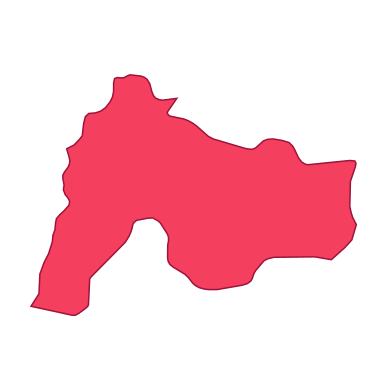 an SVG outline of Chimbu, rotated 88°
{"feature_id": "PNG-1242", "entity_name": "Chimbu", "entity_type": "Province", "adm_level": 1, "iso_a3": "PNG", "parent_name": "Papua New Guinea", "parent_adm1": "", "projection": "robinson", "projection_center": [144.883, -6.328], "detail": "fine", "context": "isolated", "style": "filled", "palette": "rose", "viewbox_px": 384, "rotation_deg": 88, "n_neighbors": 0, "source": "natural_earth", "source_scale": "10m", "svg_char_len": 1807}
<svg xmlns="http://www.w3.org/2000/svg" viewBox="0 0 384 384"><g transform="rotate(88 192 192)"><path d="M230.3,28.9L245.4,33.9L252.7,41.0L264.5,55.1L261.1,71.5L260.1,112.2L261.3,118.3L263.2,122.4L272.6,131.0L275.2,132.7L280.7,134.9L283.0,136.3L285.4,139.7L286.9,145.0L290.4,170.4L290.1,178.9L289.3,183.6L287.8,188.2L285.5,192.0L283.1,194.5L277.4,198.6L274.0,201.9L266.5,213.3L263.7,216.6L260.6,218.2L256.8,218.7L244.2,218.1L240.0,217.2L236.2,217.1L233.1,218.1L221.9,224.7L219.5,227.2L216.6,232.1L216.6,236.8L218.4,248.4L220.4,250.9L222.5,252.3L226.0,253.1L229.9,254.5L233.9,256.4L239.9,260.4L273.7,296.2L275.5,297.3L301.1,299.4L302.8,300.3L304.4,302.2L309.7,310.0L311.2,313.2L310.9,316.4L300.6,356.9L288.4,348.5L268.7,346.9L256.9,342.1L248.7,337.5L236.9,333.3L230.4,332.5L225.0,330.3L218.0,329.4L213.9,328.4L210.5,325.4L206.5,320.7L200.9,315.4L197.1,314.6L193.4,316.3L190.2,318.8L185.2,320.5L180.7,319.6L174.1,320.6L170.7,320.5L167.4,318.6L162.9,315.0L159.5,313.5L156.5,313.0L152.7,313.6L145.1,315.6L144.4,315.7L140.9,308.2L135.4,302.6L131.9,299.7L119.7,297.9L112.9,295.9L109.9,292.4L109.6,285.8L108.0,280.4L104.7,275.5L99.0,270.7L94.1,268.1L89.0,266.9L80.0,266.5L75.9,265.4L75.0,262.6L75.5,259.2L75.4,256.2L73.9,253.0L72.9,250.5L72.8,249.3L74.4,238.8L75.7,235.7L77.8,233.0L82.3,230.4L90.4,228.6L94.1,227.2L96.9,225.2L98.6,221.4L99.2,218.2L97.9,203.9L111.5,214.0L113.1,213.6L115.2,211.9L118.8,197.4L120.7,193.1L123.2,189.0L126.4,184.9L137.0,173.7L139.7,169.0L150.2,137.6L151.2,132.9L151.4,129.9L150.2,126.9L143.4,118.8L142.0,114.6L141.8,109.1L143.6,100.2L145.9,93.4L146.5,92.7L149.6,89.8L152.8,88.1L161.6,84.4L165.9,81.2L168.0,78.1L168.8,75.5L166.0,33.0L166.7,28.1L169.0,27.1L172.4,27.8L186.9,33.3L211.9,34.8L218.5,33.6L223.0,32.3L230.3,28.9Z" fill="#f43f5e" stroke="#9f1239" stroke-width="1.5"/></g></svg>